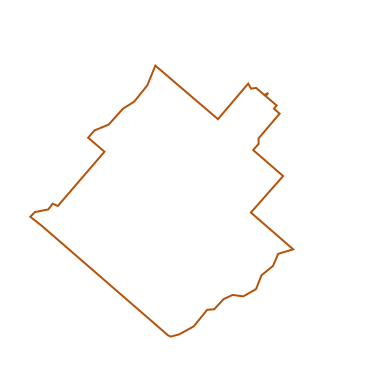 the district of Pike, Alabama, United States of America, rotated 41°
{"feature_id": "52423323B73218040263092", "entity_name": "Pike", "entity_type": "district", "adm_level": 2, "iso_a3": "USA", "parent_name": "United States of America", "parent_adm1": "Alabama", "projection": "equal_earth", "projection_center": [-85.928, 31.839], "detail": "fine", "context": "isolated", "style": "outline", "palette": "amber", "viewbox_px": 384, "rotation_deg": 41, "n_neighbors": 0, "source": "geoboundaries", "source_scale": "gbopen_adm2", "svg_char_len": 682}
<svg xmlns="http://www.w3.org/2000/svg" viewBox="0 0 384 384"><g transform="rotate(41 192 192)"><path d="M163.3,73.3L163.8,120.0L81.4,120.7L88.3,140.7L89.1,161.7L85.2,174.5L84.9,195.7L78.0,209.5L78.0,219.2L99.5,219.0L99.9,290.6L94.5,292.2L95.0,299.4L86.6,310.2L86.2,316.8L100.4,316.1L250.8,315.9L268.0,315.9L270.9,315.0L275.7,307.9L281.5,292.1L280.7,271.0L285.7,265.9L286.1,252.2L290.1,243.1L299.2,237.1L304.0,223.2L299.1,209.3L301.6,194.6L297.6,182.1L306.0,168.9L249.9,168.9L250.3,120.2L210.6,120.2L210.7,112.0L207.1,108.0L206.7,75.4L199.2,75.4L199.1,71.2L184.6,71.3L184.6,67.2L182.9,71.3L172.1,71.4L168.7,75.3L163.3,73.3Z" fill="none" stroke="#b45309" stroke-width="2"/></g></svg>